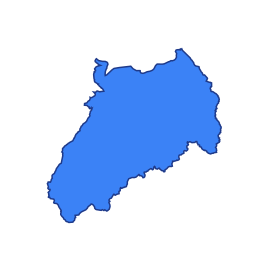 the district of Pedro Moncayo, Pichincha, Ecuador, rotated 344°
{"feature_id": "8360857B86285248238237", "entity_name": "Pedro Moncayo", "entity_type": "district", "adm_level": 2, "iso_a3": "ECU", "parent_name": "Ecuador", "parent_adm1": "Pichincha", "projection": "albers", "projection_center": [-78.291, 0.06], "detail": "fine", "context": "isolated", "style": "filled", "palette": "blue", "viewbox_px": 256, "rotation_deg": 344, "n_neighbors": 0, "source": "geoboundaries", "source_scale": "gbopen_adm2", "svg_char_len": 5858}
<svg xmlns="http://www.w3.org/2000/svg" viewBox="0 0 256 256"><g transform="rotate(344 128 128)"><path d="M201.5,66.7L200.1,67.3L200.0,66.5L198.7,67.0L197.9,66.5L195.8,66.3L194.7,67.5L195.3,69.8L194.5,71.4L194.1,73.3L192.7,74.8L191.2,75.5L189.2,75.6L187.8,75.1L186.0,75.6L185.3,75.5L180.6,76.3L178.7,76.1L173.6,74.6L171.7,75.6L169.2,78.3L167.4,79.2L164.9,79.5L161.8,79.2L159.2,79.6L157.5,79.6L156.0,78.9L155.4,78.3L155.2,77.3L155.5,76.3L155.3,76.1L151.9,75.2L149.2,72.5L147.7,69.4L136.3,67.5L131.0,66.9L128.7,67.7L122.2,71.1L120.6,71.3L120.9,69.7L121.9,67.3L123.2,65.5L124.1,64.7L124.6,63.3L126.3,61.2L126.3,59.7L125.9,58.9L124.4,57.7L121.8,56.9L118.4,55.1L116.7,52.7L116.0,53.1L114.9,54.3L114.8,55.2L115.5,56.2L115.6,56.6L116.7,57.7L117.0,58.8L118.8,60.2L115.8,60.2L114.1,60.5L112.2,61.9L112.2,62.6L112.7,63.4L112.6,64.0L111.0,64.6L110.9,64.9L111.2,65.4L110.4,65.8L109.7,67.2L108.9,71.5L109.2,72.4L108.8,72.9L108.7,73.6L108.8,74.6L110.8,76.9L111.0,77.5L111.5,77.6L111.1,78.0L111.7,78.7L112.0,79.9L112.9,81.0L113.1,81.9L113.6,82.0L113.6,82.5L114.3,83.2L114.7,84.3L114.9,86.0L111.5,85.4L111.0,85.5L108.7,84.0L108.0,84.0L106.6,84.8L104.9,84.0L105.9,86.1L105.7,87.0L105.2,87.7L104.4,88.1L104.0,88.0L102.2,88.7L100.7,88.7L100.0,88.1L99.8,89.3L98.6,90.8L96.9,91.3L95.5,92.5L93.0,92.5L92.4,94.1L94.8,95.0L95.9,96.9L96.5,97.2L96.2,97.7L96.3,98.5L96.6,98.9L97.0,99.0L97.9,98.5L97.7,99.0L97.9,99.5L98.9,99.2L98.0,100.6L96.1,102.1L95.7,103.3L94.8,104.3L94.8,105.6L94.4,106.2L92.3,107.5L90.1,110.0L88.4,111.0L86.0,111.7L84.6,113.1L83.4,113.5L82.8,114.5L81.6,115.6L81.2,116.6L81.2,117.3L80.8,117.6L79.0,117.9L78.7,118.5L78.2,118.5L77.8,119.0L76.4,119.6L75.1,121.0L74.7,121.8L73.6,122.6L73.5,123.1L73.0,123.3L71.4,125.1L67.9,125.8L67.1,126.2L66.4,126.2L65.2,127.0L64.4,127.0L63.6,127.6L62.4,127.8L61.4,128.4L61.2,128.8L59.5,129.6L58.8,131.8L57.8,132.8L58.1,133.1L58.5,134.2L58.0,134.9L57.7,136.6L54.1,143.5L52.6,143.8L51.6,144.3L51.1,144.9L48.0,147.3L46.6,149.3L46.1,149.6L44.7,151.4L42.9,152.0L42.0,152.6L41.4,154.5L41.4,155.4L40.1,156.3L40.0,156.9L38.5,158.7L38.1,158.7L37.4,158.1L36.5,158.0L36.2,158.0L35.9,158.8L35.2,159.2L35.3,162.9L34.4,163.6L34.4,164.1L34.9,165.1L36.1,165.5L36.1,165.9L35.3,166.9L33.5,167.9L33.7,169.0L33.4,170.3L33.6,170.8L32.4,172.5L32.7,172.9L33.6,173.0L33.9,174.5L37.0,175.9L37.3,177.3L36.0,179.3L36.1,179.6L36.4,180.0L38.7,181.0L39.6,182.6L39.9,185.2L41.0,188.7L40.9,189.4L40.4,189.5L40.3,191.0L39.8,191.6L39.5,192.8L40.2,194.9L41.1,196.4L41.2,197.8L42.3,199.0L42.5,200.2L43.0,200.9L44.3,201.7L45.1,202.5L49.1,203.3L49.9,202.5L51.0,202.1L51.6,201.2L51.9,200.0L53.0,199.7L53.1,197.4L56.7,198.0L57.8,196.9L60.1,195.8L64.9,195.0L66.9,193.8L67.3,193.2L68.3,192.5L70.9,191.5L71.6,190.9L72.4,191.3L73.2,192.1L73.6,193.3L74.1,194.3L73.9,195.9L74.4,197.1L75.1,197.7L79.6,199.8L80.8,199.4L82.1,200.7L83.1,200.2L84.6,201.9L85.4,201.9L87.6,200.9L89.0,198.7L89.4,197.0L89.1,194.3L89.5,193.9L90.3,193.7L90.4,193.4L89.8,192.7L89.9,191.9L91.2,190.9L92.7,190.8L95.9,187.8L96.3,187.8L96.9,188.9L97.3,189.1L99.0,188.6L101.3,188.7L101.8,186.5L103.2,186.1L103.7,184.2L104.4,183.3L104.8,183.5L104.9,184.1L105.2,184.2L106.1,184.2L107.0,183.8L107.6,184.1L108.5,183.8L109.6,184.0L110.3,183.8L111.2,182.4L111.9,181.7L112.5,179.5L114.7,177.0L118.2,176.7L120.4,177.4L122.2,177.4L125.7,175.7L125.9,176.0L126.0,177.0L126.7,177.1L128.3,178.3L128.7,179.9L129.6,180.0L130.6,179.5L131.4,178.0L131.1,175.5L131.5,174.9L133.3,175.3L134.0,174.8L135.2,174.9L135.8,174.2L138.8,173.3L139.3,173.6L139.9,174.8L140.6,174.8L141.2,174.3L142.2,172.6L142.9,172.2L143.2,172.6L143.3,174.6L144.9,175.6L146.8,175.1L147.2,175.5L147.3,176.4L147.9,177.0L148.5,178.1L150.1,178.9L150.2,179.8L150.5,180.0L151.2,180.1L151.6,179.7L152.0,178.5L154.1,177.8L156.1,176.5L157.4,176.4L159.1,177.0L160.1,176.9L160.3,174.4L161.4,173.3L161.7,172.2L163.0,172.6L165.2,172.7L166.2,172.3L166.8,172.8L168.2,172.5L168.8,172.0L168.8,169.9L169.2,168.9L169.7,168.3L170.3,168.2L171.7,168.5L172.8,167.9L174.7,167.7L174.9,167.4L174.9,166.4L175.8,165.3L176.3,165.3L177.6,166.2L179.1,165.6L179.8,164.7L179.8,164.1L179.1,163.4L179.6,161.5L181.0,161.1L181.5,160.5L180.9,159.0L181.0,158.1L181.3,157.8L182.1,158.6L183.1,158.2L183.9,158.3L185.4,159.7L188.3,160.3L189.5,159.7L190.4,160.0L190.3,161.3L190.7,162.7L190.7,163.5L191.7,163.8L192.1,164.3L191.6,165.5L193.2,166.7L193.2,167.9L193.5,168.7L194.8,170.3L195.3,170.3L195.6,170.9L196.4,170.9L196.7,171.5L197.2,171.8L197.2,172.8L197.7,173.2L198.1,174.2L199.3,175.1L200.3,175.7L202.0,175.5L202.9,175.8L203.9,175.5L206.4,175.8L206.5,174.5L207.1,173.9L207.1,172.7L207.3,172.0L206.8,170.8L208.1,169.8L208.6,168.5L208.4,168.0L208.6,167.5L210.1,167.4L210.7,166.9L211.7,166.9L212.5,166.1L212.5,165.8L212.0,165.3L212.3,164.9L213.0,164.7L213.1,164.4L212.6,163.4L213.1,162.8L212.3,162.3L212.6,161.8L212.4,161.0L212.6,160.0L213.4,159.2L214.5,158.9L214.9,158.0L215.6,158.0L215.9,157.8L216.1,156.4L216.6,155.7L216.6,154.5L217.4,153.9L217.8,152.7L217.4,151.4L217.4,150.3L216.9,149.5L217.2,148.6L216.8,146.8L215.7,144.8L215.8,144.0L215.3,143.8L215.3,142.7L214.8,142.5L215.2,141.6L214.9,140.4L215.5,140.2L215.9,139.4L215.6,138.6L216.4,136.7L217.1,136.4L216.6,135.4L217.6,135.0L217.7,134.7L217.4,134.3L217.9,133.8L218.7,133.8L218.4,133.2L218.8,132.6L218.6,131.9L220.8,129.4L221.9,128.9L222.3,127.4L223.0,127.3L223.0,126.5L223.6,125.7L223.6,123.3L223.1,122.7L223.4,121.9L222.1,119.3L221.4,118.7L219.7,116.6L218.5,115.8L218.1,115.9L217.8,115.1L218.2,113.8L217.8,113.0L218.6,111.6L219.0,111.6L219.2,111.1L219.7,111.2L220.0,110.9L220.1,109.7L220.6,108.7L220.3,108.2L220.7,107.6L219.6,106.7L218.8,106.5L216.1,104.5L218.0,102.4L218.0,101.8L216.2,98.1L215.5,98.0L214.8,97.6L214.5,95.4L213.7,93.9L213.6,92.8L213.0,90.9L213.1,88.6L210.3,87.1L209.5,86.2L209.0,84.4L209.1,83.0L208.6,82.2L208.2,80.6L207.5,79.7L207.1,77.8L201.7,68.3L201.5,66.7Z" fill="#3b82f6" stroke="#1e3a8a" stroke-width="1.5"/></g></svg>